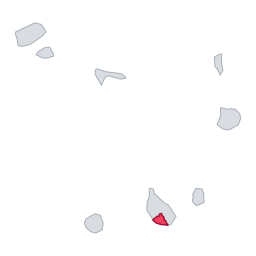 location of Ribeira Grande de Santiago within Cabo Verde
{"feature_id": "CPV-5052", "entity_name": "Ribeira Grande de Santiago", "entity_type": "state/province", "adm_level": 1, "iso_a3": "CPV", "parent_name": "Cabo Verde", "parent_adm1": "", "projection": "albers", "projection_center": [-23.611, 14.974], "detail": "fine", "context": "in_parent", "style": "filled", "palette": "rose", "viewbox_px": 256, "rotation_deg": 0, "n_neighbors": 0, "source": "natural_earth", "source_scale": "10m", "svg_char_len": 1475}
<svg xmlns="http://www.w3.org/2000/svg" viewBox="0 0 256 256"><path d="M176.0,216.5L170.8,224.6L159.5,223.9L153.7,220.6L146.9,210.4L147.1,202.5L149.5,195.6L149.1,189.7L150.0,188.1L153.5,189.2L154.1,193.2L164.4,203.0L168.2,204.9L176.0,216.5ZM29.8,44.7L21.6,46.4L18.1,45.5L17.0,38.5L15.4,33.8L15.8,31.8L34.7,22.9L41.4,24.4L46.0,31.7L42.8,35.7L29.8,44.7ZM220.6,107.7L227.7,109.3L230.3,108.7L234.9,109.1L239.7,113.7L240.6,118.6L238.3,124.8L228.9,129.9L223.5,129.3L217.1,124.7L220.7,115.6L220.6,107.7ZM102.1,229.8L95.5,233.1L90.8,231.7L86.4,228.1L84.3,223.1L86.1,218.8L95.0,213.7L100.4,215.4L103.2,223.3L102.1,229.8ZM121.3,73.7L124.8,76.3L126.0,78.2L120.8,79.1L108.1,75.7L104.8,77.8L101.4,85.1L95.0,74.0L95.5,69.9L96.8,68.8L105.8,71.7L121.3,73.7ZM198.3,205.1L195.9,205.4L192.4,201.4L193.1,195.9L192.7,194.4L195.9,188.5L202.1,189.0L203.6,193.4L204.0,202.4L198.3,205.1ZM53.7,56.2L46.7,58.2L42.4,57.9L36.2,54.8L38.2,51.4L44.9,47.7L49.5,46.9L53.3,53.7L53.7,56.2ZM222.9,70.4L220.3,75.0L216.9,68.3L215.1,66.8L214.2,57.2L219.1,54.4L221.5,54.1L221.6,64.0L222.9,70.4Z" fill="#d9dde1" stroke="#a8b0b8" stroke-width="1"/><path d="M167.8,225.3L167.1,225.3L166.4,224.9L165.8,224.8L163.0,224.7L160.6,224.4L158.4,223.7L156.1,222.9L152.8,220.0L154.3,218.4L155.9,217.7L156.6,216.5L158.4,216.3L159.1,216.0L159.3,214.7L160.1,213.7L161.6,213.6L161.7,215.0L163.0,216.1L164.0,217.6L164.3,220.0L165.7,220.7L166.0,222.3L167.1,223.7L167.8,225.3Z" fill="#f43f5e" stroke="#9f1239" stroke-width="1.5"/></svg>